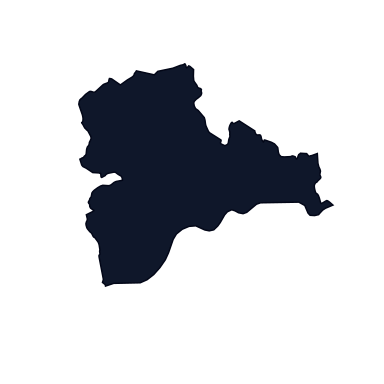 outline of Trenciansky, rotated 200°
{"feature_id": "SVK-1055", "entity_name": "Trenciansky", "entity_type": "Region", "adm_level": 1, "iso_a3": "SVK", "parent_name": "Slovakia", "parent_adm1": "", "projection": "orthographic", "projection_center": [18.211, 48.911], "detail": "fine", "context": "isolated", "style": "filled", "palette": "ink", "viewbox_px": 384, "rotation_deg": 200, "n_neighbors": 0, "source": "natural_earth", "source_scale": "10m", "svg_char_len": 5036}
<svg xmlns="http://www.w3.org/2000/svg" viewBox="0 0 384 384"><g transform="rotate(200 192 192)"><path d="M176.9,161.5L183.0,158.7L188.4,153.7L192.3,147.2L193.5,141.0L193.3,128.4L193.3,126.7L193.9,119.2L196.3,110.0L199.7,101.4L204.2,94.2L209.6,89.0L234.3,79.4L241.1,74.0L241.9,75.3L245.2,76.4L245.3,78.5L245.3,79.1L245.5,79.6L245.7,80.1L257.0,99.0L257.5,100.0L257.7,100.7L257.6,101.1L257.3,101.8L257.3,102.2L257.5,102.7L258.4,104.4L258.6,105.0L258.7,105.5L258.6,105.8L258.9,106.4L261.2,110.6L262.3,112.0L263.3,113.0L267.7,115.9L268.0,116.0L268.6,116.0L269.1,116.1L269.7,116.5L271.9,118.6L272.7,119.1L273.4,119.4L274.4,119.7L277.9,121.8L278.8,122.7L280.3,124.8L280.9,126.2L281.0,128.2L280.8,129.3L281.0,130.4L281.2,131.0L283.5,134.5L278.5,139.8L277.8,140.8L278.1,141.3L278.4,141.4L279.2,141.4L281.8,142.2L282.2,142.5L282.6,142.9L283.0,143.3L283.3,143.8L283.8,145.0L284.1,145.4L284.3,145.6L285.0,146.0L285.3,146.2L285.7,146.6L285.9,147.0L285.9,147.4L285.9,147.9L285.6,149.0L285.6,149.5L285.6,149.9L285.7,150.3L285.7,150.7L285.7,151.2L285.3,152.0L285.2,152.5L285.1,153.1L285.7,156.9L285.3,158.4L284.4,160.3L282.0,163.9L279.9,166.4L278.1,167.8L272.6,169.4L271.4,170.1L270.4,171.2L268.6,174.2L267.6,175.3L266.8,176.0L261.4,179.2L262.5,181.5L264.0,182.7L267.4,183.3L270.0,184.1L270.7,184.3L272.1,184.0L277.0,181.0L278.3,179.8L278.9,178.9L279.0,178.4L279.1,177.9L279.4,177.5L281.8,174.8L282.2,174.8L282.7,175.2L283.8,177.5L284.2,178.1L286.0,178.1L291.9,176.3L299.6,178.2L303.1,178.6L304.2,179.2L304.9,179.7L308.6,184.5L307.7,185.3L307.4,185.9L306.9,186.4L306.5,186.7L306.2,187.0L305.9,187.2L305.7,187.6L305.6,188.1L305.5,188.6L305.2,189.2L304.7,190.0L304.5,190.6L304.5,191.7L305.6,196.0L305.7,197.4L305.7,198.6L305.1,200.2L305.0,201.0L305.0,201.8L305.3,203.1L305.4,203.7L305.3,204.4L305.1,206.2L305.1,207.8L305.5,208.7L306.3,209.8L310.5,213.6L311.0,213.9L311.4,214.1L312.3,214.3L312.8,214.6L313.5,215.0L313.9,215.2L314.7,215.5L317.7,218.2L318.8,218.9L319.3,219.3L319.4,219.6L318.9,220.1L318.8,220.8L318.9,221.7L319.5,223.7L320.2,225.1L321.4,227.0L327.8,234.9L328.4,235.8L328.9,238.5L328.8,240.4L328.5,240.9L328.2,241.6L327.5,242.6L325.4,247.3L322.8,251.2L322.2,251.7L321.3,252.0L318.6,252.1L317.5,252.6L316.7,253.8L312.3,262.3L311.6,263.2L308.9,265.5L308.3,266.2L308.0,266.9L308.4,269.3L308.4,270.4L307.2,270.7L306.1,270.8L295.9,268.1L291.0,275.3L288.3,278.6L287.4,279.8L286.9,280.7L286.6,281.6L286.5,282.1L286.5,282.5L286.6,283.0L286.6,283.4L286.5,283.9L285.9,285.7L285.8,286.2L285.7,286.8L267.5,289.2L265.4,293.7L252.3,301.8L246.3,307.0L243.6,308.7L243.3,309.0L243.1,309.3L243.1,309.6L242.9,309.8L242.5,310.0L241.2,308.9L240.0,307.1L239.6,306.9L239.2,307.1L238.7,308.1L238.3,309.1L238.2,309.4L236.9,309.3L232.4,307.6L230.3,301.3L228.5,297.4L227.6,296.5L224.0,294.0L223.0,292.9L222.4,292.3L221.6,292.0L219.4,292.1L218.6,291.8L218.1,291.3L218.0,290.0L217.4,289.3L217.0,288.7L216.6,287.6L216.7,285.7L218.2,282.9L219.8,280.5L220.9,277.9L220.8,276.2L219.3,273.6L217.2,271.6L214.0,270.7L205.9,266.1L204.4,264.0L202.4,260.2L201.4,258.8L197.3,254.6L195.8,253.7L182.6,250.8L182.3,250.4L182.1,249.2L182.1,248.4L182.1,247.8L181.5,247.4L181.0,247.1L177.1,246.8L175.8,247.8L174.9,249.0L174.7,249.8L174.7,250.7L175.1,252.5L175.3,253.6L175.4,254.8L175.3,256.7L175.5,257.6L175.7,258.0L175.8,258.2L176.0,258.5L176.2,258.9L176.4,259.8L177.2,261.7L177.3,261.9L177.4,262.0L177.7,262.1L177.8,262.3L178.0,262.7L178.2,262.9L178.4,263.2L178.6,263.4L178.8,263.8L179.1,265.5L179.2,267.1L179.1,268.4L178.8,270.2L178.5,270.9L178.1,271.2L177.3,270.8L176.8,270.5L176.0,270.7L175.6,271.0L172.0,275.0L153.9,270.9L153.6,270.3L153.2,269.7L152.0,268.4L151.1,268.0L150.1,267.9L149.4,268.2L148.8,268.5L147.7,268.9L147.0,268.7L146.2,267.9L144.7,265.5L143.3,264.1L142.6,263.6L142.1,263.4L141.9,263.6L141.8,264.0L141.8,264.4L141.9,264.8L141.9,265.2L141.8,265.6L140.7,265.8L134.3,265.9L130.9,265.4L127.5,263.6L126.8,263.2L126.4,262.7L124.5,259.0L122.9,256.9L120.4,255.7L117.3,256.5L111.4,259.0L110.3,260.1L109.8,260.3L109.1,260.4L107.3,260.4L106.9,260.3L105.6,258.8L105.2,258.7L104.9,258.8L104.7,259.2L104.6,259.8L104.5,261.0L104.6,261.9L104.6,262.3L104.5,262.7L104.5,263.1L104.5,263.7L103.9,264.4L103.4,265.5L97.4,267.3L94.7,265.7L94.3,265.7L93.8,265.8L93.5,266.2L93.1,266.5L91.8,267.3L87.4,271.0L83.5,262.1L81.5,259.1L79.7,257.3L78.9,256.3L78.4,255.5L77.9,252.3L77.4,251.5L76.4,250.5L76.0,249.9L75.9,249.2L76.2,248.2L76.6,247.4L77.3,246.1L77.6,245.4L77.9,244.4L78.2,243.8L78.9,243.1L79.2,242.3L79.4,240.4L78.8,238.6L77.8,236.8L76.4,234.7L75.6,233.8L75.0,233.3L73.4,232.9L73.0,232.7L72.7,232.4L72.4,232.2L72.1,232.0L70.3,229.9L68.1,226.8L67.2,225.7L66.2,225.6L63.1,229.4L62.5,230.0L62.0,230.1L61.4,230.1L59.2,229.5L55.1,227.9L61.0,222.4L63.0,219.7L64.7,215.7L65.3,214.0L68.7,211.8L73.1,210.5L75.8,211.9L81.4,217.9L88.2,219.0L108.8,211.1L123.9,205.3L127.2,202.6L133.6,191.6L136.6,189.1L141.2,188.4L145.1,189.0L148.6,188.9L152.0,185.5L153.5,181.7L155.0,173.0L156.2,168.8L158.6,163.9L162.5,161.4L167.0,160.7L176.9,161.5Z" fill="#0f172a" stroke="#020617" stroke-width="1.5"/></g></svg>